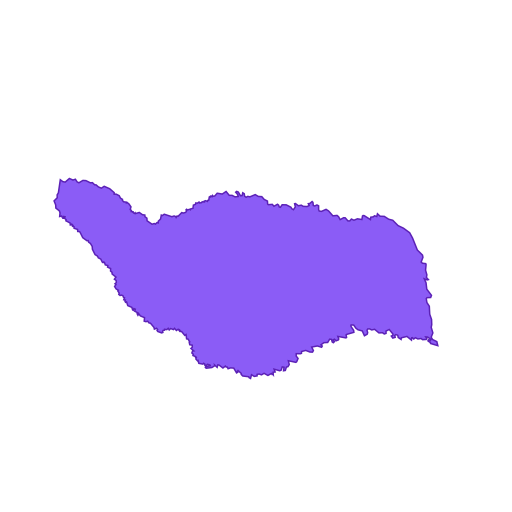 the district of Querência, Mato Grosso, Brazil, rotated 136°
{"feature_id": "56859067B43920904563535", "entity_name": "Querência", "entity_type": "district", "adm_level": 2, "iso_a3": "BRA", "parent_name": "Brazil", "parent_adm1": "Mato Grosso", "projection": "natural_earth1", "projection_center": [-52.69, -12.226], "detail": "fine", "context": "isolated", "style": "filled", "palette": "violet", "viewbox_px": 512, "rotation_deg": 136, "n_neighbors": 0, "source": "geoboundaries", "source_scale": "gbopen_adm2", "svg_char_len": 6138}
<svg xmlns="http://www.w3.org/2000/svg" viewBox="0 0 512 512"><g transform="rotate(136 256 256)"><path d="M348.9,181.1L348.9,178.9L345.1,174.2L345.5,173.3L345.0,171.7L341.7,173.7L340.9,170.6L338.5,169.0L337.4,170.1L335.7,168.9L334.6,166.7L331.7,166.0L330.4,161.8L326.6,160.8L326.7,159.5L325.8,159.4L325.9,158.8L324.5,160.5L322.8,159.3L321.6,162.0L318.6,156.9L317.1,156.4L314.2,158.0L313.1,156.5L315.9,154.3L314.4,153.3L311.3,155.0L309.9,154.2L307.5,154.8L305.5,158.2L301.2,151.8L300.1,151.7L296.9,153.1L296.6,156.1L294.9,157.8L291.9,154.8L290.9,154.4L289.6,155.7L285.8,153.5L283.9,149.4L282.1,147.6L280.4,148.1L279.2,151.8L274.4,148.7L272.2,144.8L270.9,145.2L271.0,147.0L267.4,146.5L264.5,144.0L260.8,145.0L259.6,143.6L260.9,141.2L260.6,139.9L259.0,139.9L258.9,142.1L257.4,141.7L257.2,139.3L255.0,138.4L254.1,138.8L253.0,141.3L248.2,134.6L247.4,134.5L246.0,136.7L245.2,136.6L238.6,133.1L237.4,134.7L236.6,139.3L235.7,140.3L235.0,139.9L233.7,138.4L234.3,134.7L233.9,132.1L231.6,128.3L233.4,123.3L230.4,122.5L228.9,123.3L227.7,125.5L226.4,125.9L225.0,124.8L224.1,122.4L221.6,120.9L221.0,115.3L218.3,112.9L217.9,110.8L216.2,110.0L214.6,111.7L211.2,110.6L211.7,104.8L212.5,103.9L214.3,104.4L214.6,101.9L212.4,100.8L211.3,102.5L210.0,102.3L209.1,100.5L210.3,98.6L209.6,95.2L208.3,96.2L203.3,93.3L202.6,87.5L200.8,89.0L200.2,88.6L200.2,86.7L198.1,86.5L197.2,83.9L194.6,82.0L194.3,80.1L191.5,77.7L190.4,78.0L190.1,79.9L188.8,78.4L188.1,74.5L189.3,74.0L190.0,75.8L190.8,75.9L191.3,75.3L190.7,72.5L191.2,71.8L187.5,65.2L185.4,68.8L187.0,73.2L186.4,75.9L182.2,77.8L179.5,83.0L177.3,84.5L173.8,88.4L171.5,93.4L166.2,99.5L165.4,103.8L163.1,107.1L161.9,107.2L159.2,104.8L157.1,105.8L156.2,113.5L152.3,118.6L150.8,122.7L149.5,119.9L148.4,119.3L148.3,122.2L146.2,123.7L143.9,128.0L139.7,131.6L139.2,132.6L141.3,135.2L141.4,136.9L136.8,139.1L135.6,141.0L135.8,148.2L130.9,160.2L129.3,166.0L130.6,173.6L132.7,179.2L132.8,186.7L135.0,190.3L136.2,195.4L139.1,198.4L139.3,202.0L141.7,200.5L142.8,202.6L144.4,202.7L146.5,204.2L148.4,202.7L150.1,209.8L150.8,210.7L151.6,210.8L154.5,208.7L157.2,212.3L160.7,213.7L161.7,216.3L164.2,216.1L165.5,217.4L165.3,221.5L166.4,222.7L170.2,223.7L169.3,226.9L169.5,228.9L172.8,231.5L172.5,238.0L173.2,240.9L177.9,242.6L179.3,244.4L178.7,245.9L176.1,248.6L176.7,250.4L179.0,251.2L179.7,252.5L177.8,255.0L177.8,256.2L180.8,256.4L182.0,257.3L182.7,255.4L184.9,256.1L187.6,259.0L188.1,261.1L190.6,262.7L191.2,266.4L191.9,266.8L193.6,264.0L196.9,263.3L197.4,265.0L197.0,266.9L198.7,271.8L201.6,274.7L204.6,274.1L205.2,275.1L204.4,276.9L204.6,278.3L208.5,279.3L208.4,281.8L211.5,284.4L211.6,285.2L209.6,287.6L210.8,291.0L210.6,294.7L213.0,297.3L213.9,300.7L219.3,302.8L220.5,304.6L222.3,305.1L222.7,306.8L221.2,309.0L221.6,310.7L224.1,309.1L225.3,310.1L224.3,314.3L225.0,315.9L226.3,316.0L226.5,312.9L227.5,311.2L230.0,313.1L231.1,316.3L233.1,318.2L232.7,323.2L237.2,324.0L240.3,328.1L244.0,327.8L245.4,328.8L245.3,329.7L246.3,329.2L246.7,330.5L248.1,330.8L248.0,330.2L249.0,330.6L251.2,329.0L252.1,329.5L253.0,329.0L253.9,330.9L255.2,331.4L255.6,330.8L257.1,332.4L258.1,332.2L259.8,333.4L259.5,334.4L261.4,334.7L262.5,336.0L263.6,335.2L265.7,336.1L268.2,334.1L270.4,335.3L271.0,334.9L271.1,335.6L273.4,336.8L273.4,337.8L274.1,337.9L275.1,336.4L276.4,336.3L278.6,337.5L279.2,338.8L284.4,338.7L285.0,339.6L286.7,339.2L286.4,340.2L287.1,341.7L289.2,342.7L293.0,349.8L295.4,350.2L295.7,351.2L299.0,348.9L302.2,348.9L303.3,347.7L304.1,348.8L306.2,348.8L306.6,350.0L308.7,351.1L309.9,357.0L308.2,359.0L308.6,361.4L307.5,362.7L309.0,364.6L309.7,368.4L313.3,370.3L312.9,371.1L313.9,371.2L314.2,372.8L313.7,373.2L314.9,374.7L314.0,375.3L314.2,376.8L311.8,378.2L311.2,381.9L311.6,384.0L312.2,384.2L311.7,384.6L313.6,387.0L313.4,388.9L312.7,389.5L313.3,391.8L312.5,394.4L313.6,397.6L315.1,399.0L314.0,400.1L314.5,406.0L316.8,411.6L320.1,412.2L321.4,415.2L321.6,418.2L322.6,419.3L322.7,422.4L324.3,423.7L326.0,428.4L328.0,430.6L332.5,431.7L333.2,433.5L332.6,436.7L334.9,437.8L336.4,441.4L341.9,441.7L343.3,443.7L343.8,446.8L354.3,438.7L356.6,438.1L358.5,436.0L363.0,435.9L364.6,431.9L366.7,429.5L366.1,425.0L367.1,423.1L369.8,420.8L368.1,419.8L368.5,419.1L367.9,418.3L368.7,417.3L368.2,416.8L366.9,418.0L366.1,416.9L367.6,416.1L367.3,414.1L368.3,413.4L366.8,408.9L368.0,407.3L366.7,406.8L366.9,406.1L366.4,406.5L366.4,405.1L367.2,404.8L366.6,403.4L367.6,402.3L365.9,399.1L367.2,397.5L366.0,396.1L366.1,395.2L367.9,389.5L367.0,384.4L366.0,383.7L366.8,382.2L366.4,380.0L367.2,376.6L369.0,374.5L370.8,368.8L370.1,366.1L370.7,364.2L369.8,361.7L370.9,358.0L370.0,357.0L369.7,358.1L369.5,356.5L370.6,354.3L369.2,352.1L370.5,351.1L369.3,348.0L371.1,346.2L370.9,344.3L372.0,343.0L371.4,338.1L374.0,337.7L373.6,335.5L375.0,333.9L376.7,334.0L376.6,332.7L378.9,332.3L379.5,329.5L378.8,327.0L379.7,326.8L380.2,324.3L381.4,323.7L381.2,322.0L380.0,321.4L379.3,319.9L380.0,318.4L379.6,317.3L381.5,316.4L380.6,315.1L381.6,314.6L382.0,313.3L381.0,312.9L382.7,309.4L381.0,305.3L382.2,302.9L382.0,302.2L380.4,303.0L379.8,301.6L381.6,300.5L380.5,297.3L381.6,297.1L382.1,295.4L380.5,295.8L380.8,293.2L379.0,289.1L381.7,286.8L380.8,285.2L379.2,284.3L379.5,282.3L378.6,280.9L379.0,275.5L379.9,274.0L377.7,273.1L377.8,271.5L378.9,271.2L379.1,269.9L377.3,266.2L376.1,265.7L375.6,266.7L374.5,267.0L373.4,266.2L372.7,266.8L371.3,265.0L369.4,265.0L369.8,263.1L367.8,263.1L366.5,260.4L364.9,260.6L365.0,257.7L362.9,257.4L363.0,256.0L362.4,256.1L362.4,255.1L363.1,254.6L362.0,253.3L362.4,248.4L360.9,248.1L363.5,244.6L362.6,243.4L363.3,240.3L363.9,240.4L365.3,238.2L363.8,236.1L365.3,234.6L367.0,234.7L366.7,231.0L367.7,231.7L369.5,230.8L369.4,228.9L370.5,228.2L369.3,225.5L369.9,225.0L369.5,224.4L370.8,223.7L370.9,221.2L370.3,221.1L371.7,218.5L369.3,215.1L368.2,215.2L367.9,213.9L368.7,212.8L367.6,211.8L366.2,211.9L364.8,209.7L365.1,208.8L369.0,211.3L369.8,211.1L369.8,209.9L365.2,206.4L361.8,205.7L361.5,206.2L361.3,202.9L359.0,204.2L358.3,203.1L357.6,198.4L354.5,198.1L354.6,196.9L353.8,195.9L354.4,194.3L352.0,193.2L349.9,190.8L351.2,185.4L350.0,185.1L349.9,185.9L348.5,186.1L348.2,181.8L348.9,181.1Z" fill="#8b5cf6" stroke="#5b21b6" stroke-width="1.5"/></g></svg>